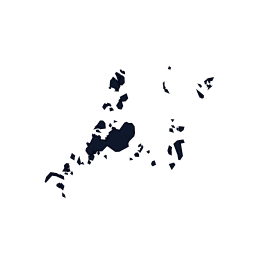 Sulu, Sulu, Philippines (Natural Earth projection), rotated 154°
{"feature_id": "2640588B7308386302326", "entity_name": "Sulu", "entity_type": "district", "adm_level": 2, "iso_a3": "PHL", "parent_name": "Philippines", "parent_adm1": "Sulu", "projection": "natural_earth1", "projection_center": [120.931, 5.941], "detail": "fine", "context": "isolated", "style": "filled", "palette": "ink", "viewbox_px": 256, "rotation_deg": 154, "n_neighbors": 0, "source": "geoboundaries", "source_scale": "gbopen_adm2", "svg_char_len": 5978}
<svg xmlns="http://www.w3.org/2000/svg" viewBox="0 0 256 256"><g transform="rotate(154 128 128)"><path d="M161.8,135.4L161.0,136.5L160.5,135.8L161.1,136.7L162.0,136.4L161.8,137.5L162.1,136.6L162.9,137.0L163.4,136.1L163.1,136.5L163.2,135.6L162.7,135.8L162.5,135.6L162.5,135.4L168.6,130.4L170.7,130.8L170.4,131.4L170.9,132.2L171.6,132.1L171.5,128.4L174.2,127.6L175.5,125.9L174.9,121.8L171.6,120.1L170.1,120.7L169.3,122.5L168.8,121.7L169.6,120.8L167.9,120.1L166.3,121.4L161.4,119.2L154.3,121.8L149.3,112.6L146.1,111.2L136.0,111.6L135.1,114.5L132.8,116.3L126.4,118.5L124.6,120.7L122.1,126.6L122.8,130.3L125.5,131.4L126.9,133.5L128.7,133.7L136.6,129.4L139.7,131.9L139.9,133.8L141.6,135.1L142.3,134.3L141.4,133.8L142.6,133.5L141.1,133.4L141.1,132.8L146.7,131.9L148.2,129.5L150.1,129.8L150.6,127.6L152.0,128.7L153.3,126.4L157.9,129.3L158.2,130.3L156.9,131.9L157.5,133.7L159.2,133.3L159.9,134.8L161.8,135.4ZM95.2,77.1L91.5,79.3L87.8,91.8L84.2,90.8L84.0,92.9L89.3,94.5L93.5,93.3L94.6,81.9L95.9,77.7L95.2,77.1ZM119.9,167.1L117.3,169.1L117.1,171.8L116.2,172.4L117.8,176.3L120.5,178.8L122.8,177.9L125.5,173.3L122.3,169.9L122.0,168.3L119.9,167.1ZM148.6,138.2L147.0,142.4L147.8,145.1L149.8,146.2L154.3,143.7L153.1,139.7L148.6,138.2ZM208.3,110.7L207.6,112.6L209.6,115.4L210.4,115.2L212.4,118.2L217.0,121.5L222.5,119.3L226.1,115.5L217.0,119.2L213.2,116.7L208.3,110.7ZM115.5,174.2L115.9,170.4L114.4,169.6L111.7,170.6L109.7,175.2L110.4,177.1L112.7,177.9L113.3,175.8L115.5,174.2ZM118.5,153.8L115.5,155.0L114.9,159.1L121.1,158.8L121.3,157.2L123.6,156.7L123.7,155.8L118.5,153.8ZM125.7,148.3L123.3,150.3L122.7,154.2L123.8,155.6L128.1,153.0L127.7,149.8L125.7,148.3ZM202.1,115.7L199.4,115.1L199.1,117.0L200.2,116.8L200.9,118.2L197.5,121.7L199.0,122.7L201.4,121.9L202.2,119.4L204.8,117.8L202.5,116.6L201.0,117.3L201.3,116.2L200.0,115.9L199.7,115.2L202.1,115.7ZM173.8,114.9L171.3,117.2L171.3,118.4L171.9,119.5L175.4,119.8L176.3,117.1L173.8,114.9ZM100.9,85.4L99.3,88.8L100.0,87.7L100.5,88.3L100.7,87.2L101.1,87.2L100.9,90.6L100.0,88.4L97.7,91.4L98.8,93.3L101.8,90.0L102.2,87.0L100.9,85.4ZM106.4,72.3L102.3,74.6L102.5,76.1L106.4,76.8L106.4,72.3ZM82.0,102.0L79.3,102.5L77.8,104.2L81.4,106.4L82.7,103.1L82.0,102.0ZM140.8,155.6L137.7,157.2L135.6,157.0L138.5,159.7L141.2,157.8L140.8,155.6ZM190.4,123.7L189.9,124.5L190.5,124.4L190.5,124.7L188.4,126.4L189.6,128.9L192.2,126.4L190.4,123.7ZM115.0,180.0L115.7,174.2L113.9,176.1L113.7,177.1L112.9,178.1L112.9,178.3L112.8,178.9L112.5,179.3L112.4,180.1L114.1,182.5L115.1,182.3L115.1,181.0L114.2,182.2L113.6,180.6L115.0,180.0ZM213.5,101.6L211.4,103.9L212.3,106.8L214.9,104.8L213.5,101.6ZM215.7,104.8L213.3,106.2L213.8,108.1L216.2,108.2L217.0,107.2L215.7,104.8ZM122.1,83.5L119.5,83.5L119.1,86.6L120.8,86.7L122.4,85.1L122.1,83.5ZM188.2,119.5L187.5,116.6L187.1,116.7L186.8,116.9L186.1,118.4L185.2,122.2L188.2,119.5ZM48.2,122.6L47.2,122.7L47.1,123.0L46.9,123.0L46.3,124.2L49.2,130.6L49.4,128.9L48.5,128.2L48.1,125.8L47.1,125.3L46.9,123.1L47.9,122.9L48.4,123.8L47.6,124.2L47.4,124.1L48.6,125.4L49.3,124.6L48.2,122.6ZM89.4,105.1L89.1,107.7L90.5,108.6L91.5,107.0L89.4,105.1ZM31.8,134.2L29.9,135.7L33.9,136.8L33.4,135.1L31.8,134.2ZM76.3,142.5L76.4,145.1L77.8,146.8L78.2,144.7L76.3,142.5ZM131.0,98.2L130.3,99.8L130.9,101.9L130.8,99.6L131.3,99.1L133.0,99.6L132.4,101.4L133.5,101.0L133.4,99.4L131.0,98.2ZM38.6,133.8L38.6,135.0L38.1,134.5L37.6,135.3L38.2,134.9L38.4,135.4L34.8,136.8L38.5,136.0L38.7,134.2L39.4,134.3L38.6,133.8ZM136.0,151.4L133.7,151.0L134.1,152.9L135.5,153.2L136.0,151.4ZM178.2,112.8L177.1,113.4L177.5,115.7L179.0,114.1L178.2,112.8ZM37.8,128.4L35.4,129.1L36.6,129.7L35.5,129.4L35.7,130.6L37.5,130.1L36.8,129.8L36.8,129.5L37.8,128.4ZM215.1,94.1L214.8,95.7L215.4,97.2L216.2,95.5L215.1,94.1ZM127.6,101.4L124.0,103.7L123.4,104.4L123.1,105.1L123.0,105.9L124.9,103.3L125.1,103.5L125.6,103.6L127.0,101.9L128.0,102.4L127.6,101.4ZM154.7,141.4L155.5,143.4L157.8,142.1L156.0,141.8L156.1,142.5L154.7,141.4ZM133.8,155.2L133.9,157.3L135.4,158.6L135.5,158.0L133.8,155.2ZM107.4,178.8L106.9,179.9L107.4,180.6L107.7,180.1L107.2,179.9L107.3,179.3L108.5,180.1L109.3,183.7L109.5,182.0L108.8,180.2L107.4,178.8ZM155.4,137.1L156.1,139.1L157.3,139.4L157.5,138.7L155.4,137.1ZM143.1,137.1L142.3,137.5L142.7,138.8L142.0,138.0L142.3,139.2L143.6,138.1L143.1,137.1ZM64.3,162.9L63.7,163.6L64.2,164.5L65.2,163.6L64.3,162.9ZM49.3,124.8L48.2,126.0L48.4,127.1L48.5,127.5L48.8,127.7L48.7,128.1L49.2,128.4L49.4,126.9L48.7,127.5L48.3,126.3L49.1,125.7L48.8,126.6L49.1,126.5L49.3,126.8L49.5,126.8L49.3,124.8ZM202.3,112.8L203.8,114.7L204.2,114.5L202.3,112.8ZM44.7,133.2L44.4,133.2L44.1,133.4L44.0,134.0L44.3,134.2L44.1,133.4L44.4,133.2L44.6,133.3L44.4,135.2L45.2,135.8L44.7,133.2ZM120.4,96.8L119.6,97.2L119.4,98.1L120.9,98.0L120.4,96.8ZM78.1,148.3L77.2,148.3L77.3,149.9L78.1,148.3ZM166.0,117.5L165.0,117.9L164.9,119.3L166.0,118.7L166.0,117.5ZM112.9,178.3L111.5,178.3L112.4,179.9L112.4,179.3L112.9,178.3ZM139.6,98.6L138.3,98.2L138.3,98.5L139.2,99.4L139.6,98.6ZM198.5,111.1L197.9,111.7L197.9,112.7L199.0,112.1L198.5,111.1ZM86.4,108.7L86.4,109.8L87.3,110.3L87.2,109.4L86.4,108.7ZM34.9,133.3L34.8,133.2L34.7,133.4L34.8,133.6L34.3,134.0L34.2,134.7L34.7,136.3L34.9,133.3ZM122.5,166.9L120.6,165.8L120.4,166.2L120.8,167.5L122.5,166.9ZM160.7,111.1L160.0,112.7L160.1,112.9L161.3,112.8L160.7,111.1ZM124.5,106.6L124.1,107.6L125.5,107.4L126.0,107.1L126.2,106.8L124.5,106.6ZM127.6,172.3L125.8,171.3L126.6,172.2L127.6,172.3ZM198.9,118.9L198.2,118.9L197.8,120.4L198.9,118.9ZM84.8,114.9L84.0,115.4L84.9,115.9L84.8,114.9ZM132.3,101.5L131.3,100.2L131.6,100.6L131.3,100.6L131.3,100.8L131.2,100.9L131.2,101.0L132.3,101.5ZM84.0,104.6L83.5,105.6L83.9,106.0L84.3,105.4L84.0,104.6ZM38.2,132.2L37.6,130.5L37.6,130.8L38.2,132.2ZM137.4,139.4L136.4,139.3L137.1,140.0L137.4,139.4ZM170.6,120.1L169.4,119.9L170.0,120.6L170.6,120.1ZM185.0,116.4L184.1,115.7L184.1,116.6L185.0,116.4ZM76.4,152.7L77.2,150.5L76.1,152.8L76.4,152.7ZM119.3,179.7L119.9,179.3L118.9,178.9L119.3,179.7Z" fill="#0f172a" stroke="#020617" stroke-width="1.5"/></g></svg>